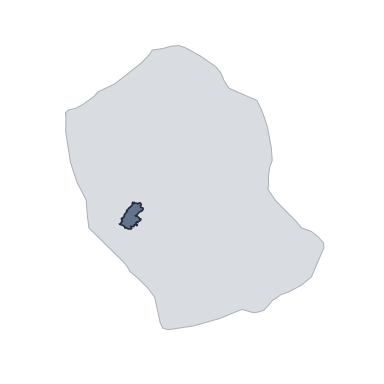 Tebe-Tebe, Berea, Lesotho (highlighted), rotated 283°
{"feature_id": "5366337B30705161784886", "entity_name": "Tebe-Tebe", "entity_type": "district", "adm_level": 2, "iso_a3": "LSO", "parent_name": "Lesotho", "parent_adm1": "Berea", "projection": "albers", "projection_center": [27.887, -29.222], "detail": "fine", "context": "in_parent", "style": "filled", "palette": "slate", "viewbox_px": 384, "rotation_deg": 283, "n_neighbors": 0, "source": "geoboundaries", "source_scale": "gbopen_adm2", "svg_char_len": 5349}
<svg xmlns="http://www.w3.org/2000/svg" viewBox="0 0 384 384"><g transform="rotate(283 192 192)"><path d="M252.7,259.4L242.0,262.7L240.5,263.0L233.6,262.2L224.5,262.9L217.3,264.8L211.7,265.4L202.6,275.1L186.0,301.3L181.6,306.8L180.4,317.1L176.6,325.2L171.9,331.6L167.3,333.1L153.6,330.6L136.0,327.4L125.8,319.5L116.7,309.1L111.8,301.5L106.8,297.4L105.1,295.1L97.9,291.6L95.2,289.8L92.8,288.5L89.9,283.5L88.2,279.1L88.8,267.0L83.7,259.7L75.0,247.4L69.4,237.3L61.8,223.5L57.1,211.6L52.3,199.4L52.9,194.1L57.4,190.4L70.7,184.2L81.1,179.3L88.5,170.5L96.6,157.4L100.5,149.5L104.5,145.9L108.8,140.4L116.3,128.1L124.7,114.4L133.6,99.7L145.0,95.5L160.6,90.6L175.5,77.8L193.4,67.0L222.2,55.4L235.7,52.5L240.8,50.9L244.0,53.1L247.4,59.8L252.3,65.5L263.5,75.3L268.3,77.7L279.9,92.3L292.3,102.3L306.6,113.8L316.4,119.6L321.3,121.3L325.3,131.4L329.4,139.0L331.7,146.1L331.1,152.9L326.4,169.6L319.6,186.7L314.2,193.7L307.7,198.2L301.4,204.9L298.8,218.6L295.8,234.7L287.5,241.3L281.1,245.6L272.2,250.9L252.7,259.4Z" fill="#d9dde1" stroke="#a8b0b8" stroke-width="1"/><path d="M165.5,147.3L165.5,147.1L165.5,146.3L165.3,146.0L165.3,145.8L165.4,145.6L165.7,145.4L166.1,145.4L166.4,145.0L166.5,144.9L166.7,145.0L167.2,144.9L167.3,145.1L167.5,145.3L167.9,145.4L168.2,145.5L168.4,145.4L169.4,144.7L169.5,144.1L169.8,143.5L169.8,143.4L169.6,142.9L169.3,142.9L169.0,142.6L168.7,142.3L168.3,142.0L168.3,141.7L168.5,141.2L168.5,140.7L168.7,140.2L168.7,139.9L168.6,139.7L168.5,139.3L168.3,139.0L168.2,138.9L168.1,138.5L168.0,138.3L168.3,138.4L168.5,138.2L168.4,138.2L168.2,138.0L168.1,137.8L168.0,137.7L168.2,137.2L168.3,137.1L168.4,136.7L168.5,136.5L168.0,136.4L167.8,136.4L167.6,136.3L167.5,136.5L167.1,136.8L166.7,136.9L166.4,136.8L166.3,136.7L166.1,136.6L165.6,136.4L165.4,136.4L164.9,136.3L164.8,136.1L164.7,136.1L164.6,135.8L164.5,135.7L164.3,135.6L163.9,135.6L163.8,135.4L163.6,135.3L163.3,135.0L163.1,135.1L162.9,134.9L162.7,134.7L162.5,134.4L162.4,134.4L162.1,134.4L162.0,134.0L161.7,134.1L161.6,133.9L161.4,133.8L161.1,133.7L160.9,133.5L160.8,133.4L160.7,133.3L160.1,133.2L159.9,132.9L159.7,132.9L159.5,132.6L159.3,132.8L159.3,132.7L159.1,132.7L158.9,132.7L158.7,132.6L158.3,132.9L158.2,132.9L157.9,132.9L157.9,132.7L157.7,132.5L157.3,132.5L157.1,132.5L156.8,132.4L156.7,132.3L156.5,132.0L156.4,132.0L156.2,132.0L156.1,131.9L155.9,132.0L155.8,131.9L155.7,131.8L155.7,131.6L155.4,131.4L155.2,131.5L154.9,131.5L154.8,131.4L154.7,131.4L154.6,131.2L154.2,131.1L153.9,131.2L153.6,131.2L153.5,131.3L153.3,131.4L153.2,131.3L152.9,131.4L152.6,131.4L152.4,131.3L152.2,131.3L152.1,131.5L151.7,131.7L151.8,131.6L151.7,131.2L151.4,130.8L151.5,130.8L151.4,130.7L151.1,130.1L151.3,130.1L151.0,129.8L150.9,129.6L150.7,129.6L150.4,129.7L150.2,129.7L150.0,129.8L149.9,129.7L149.8,129.8L149.7,129.8L149.7,129.7L149.6,129.8L149.3,129.7L149.3,130.0L149.2,130.1L148.9,130.2L148.7,130.2L148.5,130.4L148.2,130.3L148.1,130.5L148.0,130.4L147.7,130.4L147.5,130.2L147.2,130.0L146.8,130.1L146.7,130.2L146.2,129.9L145.9,130.0L145.7,130.0L145.6,129.9L145.4,129.7L145.4,129.4L144.9,129.3L144.7,129.2L144.7,128.9L144.5,128.6L144.3,128.8L144.3,129.0L144.2,129.0L144.2,129.3L144.2,129.5L144.1,129.8L144.1,130.0L144.1,130.4L144.0,130.7L144.0,130.8L144.0,131.2L144.0,131.3L144.0,131.6L144.0,131.9L143.8,132.2L143.8,132.3L143.8,132.5L143.7,132.8L143.6,133.0L143.5,133.5L143.4,134.0L143.1,134.0L142.9,134.3L142.7,134.3L142.4,134.3L142.0,134.6L141.8,134.9L141.9,135.1L142.0,135.1L141.9,135.3L142.0,135.5L142.3,135.8L142.3,136.1L142.3,136.5L142.2,136.8L142.1,137.0L141.9,137.2L141.9,137.3L141.8,137.5L141.6,138.0L141.6,138.3L141.9,138.7L141.9,138.8L142.0,139.0L141.9,139.2L142.0,139.3L142.0,139.5L142.1,140.1L142.1,140.6L142.4,141.0L142.6,141.1L142.6,141.3L143.2,141.4L143.4,141.2L143.7,141.0L143.9,140.8L144.1,140.5L144.3,140.2L144.5,140.0L144.7,139.9L144.8,140.1L144.6,140.8L144.7,141.1L144.8,141.1L145.0,141.8L145.0,142.2L145.0,142.4L145.1,142.8L145.3,143.1L145.8,143.3L146.2,143.2L146.6,142.9L147.0,143.1L147.1,143.3L147.3,143.5L147.3,143.8L147.4,144.1L147.3,144.4L147.3,144.7L147.3,144.8L147.1,145.0L147.1,145.5L146.9,145.6L146.8,145.9L147.1,146.2L147.7,146.1L147.8,145.9L147.7,145.7L147.6,145.8L147.4,145.7L147.4,145.4L147.7,145.5L147.9,145.4L147.9,145.2L148.0,144.9L147.9,144.7L148.1,144.5L148.5,144.4L148.6,144.5L148.8,144.6L149.1,144.4L149.1,144.5L149.3,144.7L149.5,144.8L149.6,144.7L149.9,144.8L149.9,145.0L150.1,145.1L150.2,145.4L150.2,145.6L150.3,145.6L150.5,145.5L150.5,145.8L150.8,146.0L150.7,146.1L150.8,146.1L150.9,146.3L151.4,146.7L151.6,146.8L151.7,147.0L151.8,147.0L152.0,147.3L152.1,147.5L152.3,147.6L152.7,147.8L152.7,148.0L152.9,147.9L153.3,148.3L153.8,148.2L153.9,148.3L154.3,148.2L154.2,147.7L154.0,147.0L154.1,146.9L154.3,146.7L154.6,146.5L155.1,146.2L155.2,145.6L155.5,145.3L155.8,144.6L155.9,143.8L156.0,142.7L155.9,142.3L156.1,142.1L156.3,142.1L156.6,142.5L156.6,142.9L156.5,143.2L156.5,143.3L156.8,143.4L156.8,143.1L157.0,143.1L157.2,143.3L157.3,143.7L157.4,143.8L157.6,143.8L157.8,143.9L158.1,144.1L158.3,144.0L159.1,144.2L159.5,144.5L159.9,144.8L160.0,144.8L160.3,145.1L160.4,145.3L160.6,145.4L160.7,145.5L161.2,146.1L161.4,146.3L161.7,146.4L161.9,146.6L162.0,146.7L162.0,146.9L162.0,147.2L162.4,147.6L162.7,147.5L163.1,148.0L163.6,148.0L164.2,148.3L164.4,148.1L164.7,148.1L165.2,148.0L165.3,147.9L165.5,147.3Z" fill="#64748b" stroke="#1e293b" stroke-width="1.5"/></g></svg>